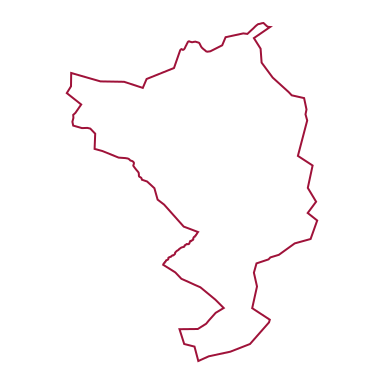 Jargalant, Bayanhongor, Mongolia
{"feature_id": "93677404B5614508101820", "entity_name": "Jargalant", "entity_type": "district", "adm_level": 2, "iso_a3": "MNG", "parent_name": "Mongolia", "parent_adm1": "Bayanhongor", "projection": "robinson", "projection_center": [99.427, 47.134], "detail": "fine", "context": "isolated", "style": "outline", "palette": "rose", "viewbox_px": 384, "rotation_deg": 0, "n_neighbors": 0, "source": "geoboundaries", "source_scale": "gbopen_adm2", "svg_char_len": 3650}
<svg xmlns="http://www.w3.org/2000/svg" viewBox="0 0 384 384"><path d="M270.1,27.0L267.9,26.8L266.8,26.1L263.5,23.0L262.0,23.2L259.6,23.9L258.2,24.1L257.1,24.9L256.4,25.4L256.0,25.8L255.4,26.3L254.9,26.8L254.1,27.6L253.1,28.6L252.2,29.4L252.0,29.6L251.0,30.5L250.8,30.7L247.4,33.9L243.3,33.4L225.6,37.2L222.2,45.3L210.3,51.3L207.3,51.7L207.0,51.6L206.2,51.4L205.4,50.7L204.4,49.8L203.5,49.2L202.8,48.5L201.8,47.6L201.0,46.4L200.3,45.0L199.9,44.2L199.6,43.6L199.2,43.0L198.8,42.7L198.2,42.5L196.5,42.0L195.5,41.7L195.0,41.7L194.4,41.8L194.0,41.9L193.6,41.9L192.9,42.1L192.3,42.2L191.7,42.2L190.9,41.9L190.2,41.8L189.4,41.4L189.0,41.3L188.4,41.5L188.1,41.8L187.7,42.2L187.3,43.2L186.7,44.2L186.3,45.2L185.8,46.0L185.3,47.1L184.7,48.4L184.1,49.2L183.6,49.6L183.2,49.8L182.8,49.8L182.7,49.8L182.6,49.7L182.1,49.4L181.8,49.2L181.4,49.1L181.1,49.3L180.2,50.2L174.0,68.0L146.6,79.0L142.8,87.9L124.1,81.8L100.5,81.4L71.2,73.0L71.0,86.3L66.8,93.1L81.2,104.5L75.4,112.9L73.2,114.9L73.4,117.9L72.4,121.8L73.2,125.6L82.0,128.1L87.4,127.9L90.3,128.6L95.2,133.7L94.6,148.9L102.3,151.0L118.6,157.6L125.4,158.1L127.8,158.5L129.0,159.1L130.4,160.5L132.1,161.0L133.3,161.8L133.9,162.8L133.9,163.3L133.8,164.1L133.5,164.8L133.3,165.5L133.5,166.1L134.9,168.0L136.3,169.8L138.2,172.0L138.7,172.9L138.8,173.8L138.9,174.6L138.9,175.7L139.1,176.4L139.5,176.8L140.3,177.2L141.2,177.8L141.4,178.2L141.7,178.8L141.9,179.7L147.1,181.5L154.4,188.2L157.6,199.6L164.1,204.6L178.0,220.2L183.7,226.6L190.1,229.0L197.7,231.9L197.8,231.9L198.0,232.0L197.9,232.1L197.7,232.4L197.6,232.6L197.4,232.8L197.2,233.2L196.9,233.6L196.8,233.9L196.6,234.2L196.4,234.5L196.2,234.7L195.9,235.0L195.8,235.5L195.4,235.7L195.2,235.9L194.9,236.3L194.8,236.6L194.5,236.6L194.2,236.9L194.0,237.0L193.8,237.2L193.6,237.6L193.4,238.0L193.2,238.4L193.3,239.0L193.3,239.3L193.2,239.5L192.9,239.9L192.7,240.0L192.4,240.0L192.1,240.2L191.9,240.4L191.7,240.7L191.4,240.9L191.1,241.1L190.9,241.0L190.5,240.9L190.4,240.9L190.2,241.1L190.1,241.5L189.9,241.8L189.8,242.2L189.6,242.5L189.5,242.9L189.3,243.4L189.2,243.7L189.0,243.9L188.7,244.0L188.3,244.2L187.9,244.2L187.5,244.2L187.1,244.0L186.8,244.0L186.6,244.1L186.3,244.3L186.0,244.6L185.7,244.8L185.5,245.0L185.3,245.1L184.9,245.2L184.7,245.4L184.5,245.7L184.5,246.2L184.3,246.6L184.0,246.8L183.4,247.0L182.9,247.1L182.4,247.2L181.5,247.5L180.6,248.0L180.2,248.4L179.5,248.8L179.2,249.0L178.8,249.6L178.4,249.9L177.9,250.3L177.1,250.7L176.5,251.2L176.0,251.7L175.6,252.1L175.1,252.7L175.1,253.0L175.1,253.3L175.1,253.6L174.9,254.0L174.3,254.6L173.9,254.9L173.5,255.2L173.2,255.4L172.8,255.3L172.4,255.4L172.1,255.6L171.9,255.9L171.6,256.0L171.2,256.3L171.1,256.6L170.8,256.8L170.6,256.9L170.2,256.9L169.9,257.0L169.6,257.1L169.4,257.3L169.0,257.4L168.7,257.5L168.4,257.8L168.4,258.3L168.3,258.7L168.2,259.0L168.2,259.3L168.0,259.5L167.6,259.8L167.0,260.0L166.5,260.2L166.1,260.4L165.9,260.7L165.8,261.2L165.6,261.5L165.4,261.7L165.1,261.9L164.9,262.0L164.8,262.3L164.7,262.7L164.3,262.9L163.9,263.3L163.8,263.5L163.6,263.7L163.5,263.9L163.5,264.3L163.2,264.8L175.3,272.4L181.4,278.8L188.4,281.9L194.7,284.8L200.4,287.3L215.4,299.7L223.7,308.0L215.7,312.8L208.8,320.5L206.2,323.7L197.8,329.0L179.5,329.2L184.2,344.0L194.5,346.6L198.3,361.0L208.8,356.3L230.3,351.7L250.0,344.0L269.0,322.4L269.8,319.7L252.2,308.2L257.0,286.5L253.9,272.7L256.5,263.4L268.5,259.4L270.4,257.4L278.9,254.8L294.7,243.4L310.6,239.0L317.2,220.5L307.7,213.0L316.1,201.7L307.8,187.9L312.6,165.5L297.9,155.9L307.2,120.5L305.5,114.3L306.5,109.5L304.1,98.1L291.7,95.3L288.8,92.2L272.7,77.6L261.6,62.6L260.6,48.7L253.9,38.1L270.1,27.0Z" fill="none" stroke="#9f1239" stroke-width="2"/></svg>